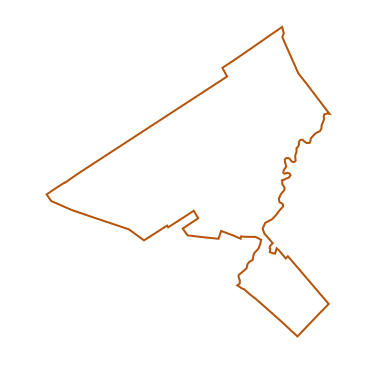 the district of Peretu, Teleorman, Romania, rotated 84°
{"feature_id": "2599482B52824361951621", "entity_name": "Peretu", "entity_type": "district", "adm_level": 2, "iso_a3": "ROU", "parent_name": "Romania", "parent_adm1": "Teleorman", "projection": "natural_earth1", "projection_center": [25.098, 44.029], "detail": "fine", "context": "isolated", "style": "outline", "palette": "amber", "viewbox_px": 384, "rotation_deg": 84, "n_neighbors": 0, "source": "geoboundaries", "source_scale": "gbopen_adm2", "svg_char_len": 2171}
<svg xmlns="http://www.w3.org/2000/svg" viewBox="0 0 384 384"><g transform="rotate(84 192 192)"><path d="M346.7,102.2L345.9,101.3L326.7,78.7L317.6,67.7L306.1,75.7L294.4,83.7L274.5,97.4L265.9,103.4L267.9,105.7L258.8,111.8L257.5,113.2L256.9,113.7L262.0,115.8L261.2,118.3L259.9,120.9L256.7,120.0L256.0,120.7L254.1,120.2L251.3,117.1L241.4,124.0L241.2,124.3L235.9,125.6L230.3,122.4L227.5,115.3L223.8,110.9L220.4,107.9L215.8,102.8L213.3,103.1L211.2,106.1L207.6,106.3L203.5,103.9L200.0,100.2L197.7,99.4L195.7,100.3L193.8,101.4L191.5,101.2L189.9,101.4L189.4,100.4L189.5,99.4L188.5,97.0L188.0,94.5L185.7,92.3L183.6,93.2L182.9,95.5L183.6,98.0L182.3,99.2L180.3,98.7L176.4,95.6L171.9,96.4L169.3,96.3L168.2,94.9L168.2,92.9L169.2,91.3L171.6,90.1L172.9,88.2L172.6,86.6L171.5,85.6L168.8,85.7L166.2,85.4L163.2,83.9L159.4,83.5L158.3,82.1L156.2,80.6L154.4,80.7L152.2,79.7L151.4,78.2L151.6,76.6L153.4,75.0L155.3,72.8L155.4,69.8L153.0,68.6L151.1,68.3L147.1,63.7L145.9,61.6L145.0,58.5L142.5,56.7L138.8,56.0L136.0,54.3L133.4,53.0L132.2,53.1L131.0,53.2L128.6,52.4L128.3,50.2L128.1,49.4L128.1,49.1L128.3,48.1L128.6,47.1L124.6,49.6L110.1,58.4L95.9,67.0L85.1,73.9L80.9,75.2L79.3,75.7L55.0,83.6L47.3,86.0L43.8,84.1L39.2,84.8L37.3,85.1L43.4,96.4L50.7,109.6L58.9,124.6L66.8,139.3L71.7,148.8L80.8,145.0L161.7,303.2L169.3,316.9L169.6,317.6L169.3,317.8L170.4,319.9L171.5,322.1L175.4,329.8L176.5,331.9L176.8,332.4L177.7,334.0L179.2,336.8L182.8,334.9L186.3,332.9L187.3,331.2L188.7,328.6L194.3,318.9L196.2,315.5L197.4,313.3L199.3,309.3L202.6,302.1L203.3,300.7L203.9,299.4L222.6,258.6L235.1,244.8L222.8,220.3L224.6,219.4L216.7,203.6L210.8,192.2L218.8,188.6L224.1,198.8L227.4,205.0L234.5,201.1L234.7,200.7L238.0,186.2L241.3,170.5L233.8,167.1L239.8,155.0L242.0,151.2L243.5,148.5L241.3,147.8L242.1,144.0L243.3,133.5L246.7,128.3L251.1,129.6L255.2,131.8L259.6,136.7L261.3,137.5L266.0,138.8L267.3,142.2L269.7,144.4L273.6,145.7L274.5,147.0L279.5,154.3L280.9,154.6L282.8,154.2L284.7,153.7L288.1,154.1L288.3,154.4L289.6,156.7L293.2,152.3L294.1,150.5L300.3,144.7L304.2,140.6L305.1,139.6L326.2,120.2L335.9,111.6L337.5,110.2L339.8,108.3L346.3,102.5L346.7,102.2Z" fill="none" stroke="#b45309" stroke-width="2"/></g></svg>